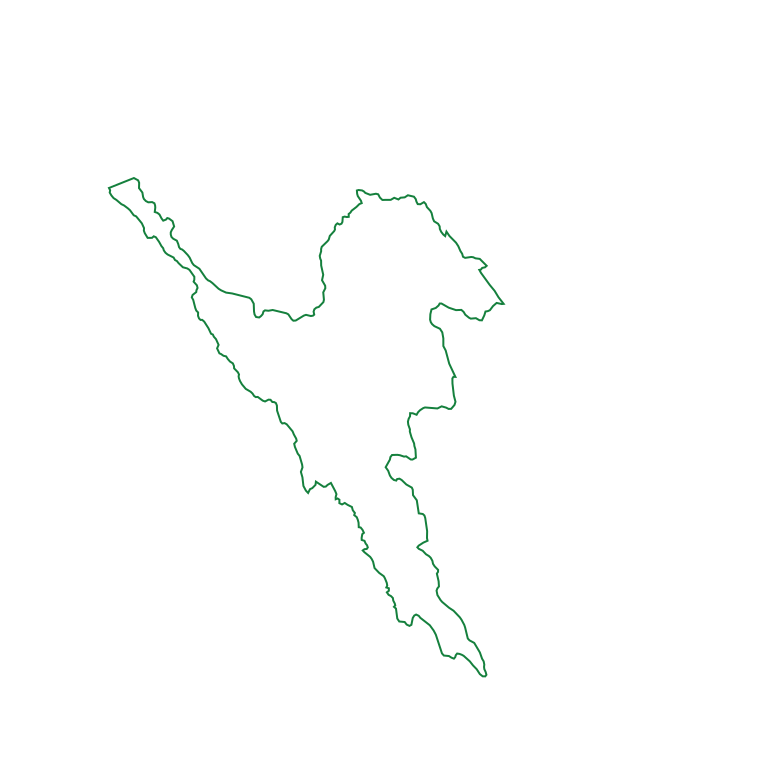 outline of Porteirinha, Minas Gerais, Brazil, rotated 331°
{"feature_id": "56859067B51035287448150", "entity_name": "Porteirinha", "entity_type": "district", "adm_level": 2, "iso_a3": "BRA", "parent_name": "Brazil", "parent_adm1": "Minas Gerais", "projection": "equal_earth", "projection_center": [-43.104, -15.747], "detail": "fine", "context": "isolated", "style": "outline", "palette": "green", "viewbox_px": 768, "rotation_deg": 331, "n_neighbors": 0, "source": "geoboundaries", "source_scale": "gbopen_adm2", "svg_char_len": 6154}
<svg xmlns="http://www.w3.org/2000/svg" viewBox="0 0 768 768"><g transform="rotate(331 384 384)"><path d="M282.2,599.1L286.7,602.2L287.2,605.4L289.0,607.9L291.2,607.9L295.7,602.6L298.2,601.2L300.3,601.2L302.0,603.6L302.4,606.1L307.1,617.2L307.9,623.7L307.8,628.4L304.1,647.7L304.7,650.5L308.9,653.4L310.3,656.0L312.0,658.1L313.9,657.4L315.3,656.0L317.3,655.2L319.2,656.7L320.8,658.6L321.9,660.4L324.6,668.2L325.4,673.2L326.8,678.4L327.2,684.2L328.6,687.5L330.8,688.8L332.6,688.0L333.3,685.1L333.5,682.1L334.3,680.0L335.7,678.0L336.7,674.9L336.6,671.8L337.7,665.3L337.4,654.2L334.5,649.7L333.9,647.2L336.9,636.3L337.4,633.6L337.5,627.8L337.2,624.8L334.9,616.0L332.4,611.2L329.2,602.8L328.7,600.4L328.4,594.5L329.8,590.2L331.5,588.7L333.9,587.7L336.1,583.1L338.3,575.5L340.2,574.5L341.2,572.8L339.9,568.1L339.7,565.0L340.6,562.1L340.6,558.6L339.9,556.3L338.2,553.3L337.0,548.6L334.5,545.0L334.0,543.0L335.9,542.2L341.5,541.8L346.1,542.2L346.9,539.6L350.4,533.6L355.1,521.2L355.6,518.6L354.9,516.5L351.7,514.0L356.3,501.6L355.5,495.3L357.9,490.4L358.1,488.1L354.8,482.7L352.9,476.5L351.6,474.3L349.4,473.5L347.9,474.4L346.1,472.7L345.0,469.7L344.8,466.9L345.6,461.9L345.1,457.6L352.5,453.0L354.2,451.0L356.6,450.0L361.3,452.4L363.4,454.0L366.3,457.2L368.3,458.0L370.8,463.0L372.4,463.9L376.2,463.9L379.8,456.4L380.5,453.0L381.5,450.6L382.2,444.0L383.5,438.2L384.7,436.2L385.5,431.4L386.7,428.5L388.8,426.3L391.1,424.9L392.7,422.2L395.0,423.6L397.6,426.7L400.1,425.2L402.8,424.4L406.7,424.1L408.5,424.4L418.9,431.3L423.6,431.5L426.9,434.8L428.4,437.1L430.7,438.3L435.5,436.5L437.9,434.2L439.5,428.0L444.1,416.8L446.5,412.3L448.2,411.4L449.9,412.4L450.9,397.8L454.2,384.6L454.3,379.6L458.0,372.9L460.0,367.1L459.7,362.8L456.1,357.8L455.1,355.0L454.9,352.7L455.5,350.1L458.4,345.4L461.7,341.8L466.1,342.6L469.8,341.8L471.7,340.6L473.3,341.5L477.6,348.6L482.8,354.3L487.6,356.7L488.6,359.6L488.7,362.8L490.5,367.3L491.6,368.9L496.3,371.0L498.4,374.5L500.5,375.8L505.0,372.6L507.9,369.8L510.1,370.6L512.4,370.8L517.1,368.7L521.8,367.7L525.8,371.2L527.5,371.9L526.2,363.7L525.9,356.1L524.5,348.6L522.7,333.9L522.7,330.4L524.2,330.9L526.2,330.1L528.9,330.9L531.1,330.4L528.4,321.0L524.9,318.4L523.5,316.4L521.9,315.2L516.1,313.0L514.8,311.0L515.5,308.0L515.3,304.7L515.8,299.5L515.5,295.3L513.0,286.3L512.5,281.0L509.2,284.3L508.3,282.0L507.8,278.6L508.0,275.5L509.1,273.1L509.0,270.1L506.7,266.0L507.0,262.9L508.5,257.6L508.5,255.0L507.3,250.1L507.8,246.7L507.1,244.3L502.9,244.4L500.7,243.0L500.8,240.2L501.4,237.7L501.0,234.7L496.4,230.5L492.6,230.8L488.8,229.1L486.1,229.6L483.2,226.1L479.2,226.2L471.8,222.2L470.8,219.0L470.9,215.3L469.2,213.7L463.6,211.8L460.3,207.8L459.8,205.9L458.7,204.1L455.8,202.0L454.1,201.6L452.7,204.7L452.2,207.0L452.7,212.6L452.2,215.0L449.7,214.7L445.7,215.8L439.8,216.7L437.7,217.8L435.5,218.2L434.2,220.7L432.5,220.0L430.7,218.5L428.8,218.1L426.2,222.1L424.5,223.2L422.5,223.0L421.1,220.9L419.0,221.4L416.9,223.1L416.0,225.1L414.6,226.1L408.4,228.2L405.7,230.9L403.9,231.7L396.1,233.8L394.4,235.5L393.4,237.4L389.9,240.8L389.0,243.5L388.8,245.6L386.5,249.9L383.8,259.0L380.1,263.2L380.2,269.5L379.1,271.8L375.3,274.4L372.3,281.2L370.7,283.0L364.3,285.0L361.9,284.4L359.3,284.9L357.5,286.6L356.6,289.5L355.0,289.8L353.0,289.1L349.3,285.7L347.1,285.3L337.6,285.7L335.4,284.7L334.6,282.5L334.1,276.7L332.9,274.8L322.5,265.3L318.4,263.9L315.6,261.9L313.8,262.1L311.6,264.2L309.2,265.0L307.1,265.3L304.6,263.4L304.5,260.4L305.5,257.5L309.0,250.6L309.0,245.6L308.0,243.3L295.1,231.2L290.2,227.5L287.0,223.2L285.5,220.5L282.9,212.6L281.7,209.8L280.4,208.1L279.5,205.4L278.4,193.7L275.3,187.8L274.9,185.2L275.3,179.2L274.9,176.1L273.5,170.6L272.6,168.4L271.4,167.1L271.1,164.9L271.9,161.8L272.3,158.2L270.1,154.8L269.4,152.3L270.0,149.8L271.0,148.0L273.0,146.5L276.8,144.5L278.0,139.1L276.2,135.1L274.9,133.8L273.0,134.5L270.1,134.1L269.7,131.4L269.8,126.9L268.8,124.5L266.9,122.4L269.5,118.8L270.4,116.8L270.8,114.6L269.4,112.5L265.9,110.8L264.4,108.5L263.7,105.7L264.0,103.6L265.5,99.4L264.7,93.9L267.4,89.3L267.7,86.7L265.1,82.6L238.5,79.2L238.4,81.8L236.9,83.6L237.0,87.0L237.6,90.3L239.2,93.3L241.5,99.4L243.2,101.8L245.2,106.3L246.1,108.9L246.9,115.1L248.5,117.2L249.6,123.2L250.1,126.1L249.7,131.3L248.3,133.5L247.9,136.1L248.1,141.6L252.0,143.7L254.2,143.2L255.6,145.0L256.2,150.6L256.2,155.5L256.7,158.2L256.2,160.4L256.5,163.3L257.5,165.8L261.3,171.4L261.3,174.2L262.5,176.1L262.9,178.6L264.7,184.4L268.0,187.6L269.2,189.9L270.1,198.3L268.6,200.9L267.1,202.2L268.2,207.0L267.5,209.6L265.5,211.0L264.3,212.6L259.8,213.3L257.9,215.0L257.9,218.0L255.8,226.0L255.4,228.8L256.1,231.3L254.4,234.2L254.0,237.0L254.6,239.0L256.1,239.8L257.0,242.3L257.5,250.1L257.1,256.2L258.3,257.8L258.1,260.1L258.8,263.3L258.3,269.6L255.3,271.9L254.9,277.4L256.0,278.8L257.3,281.5L259.3,283.3L259.5,286.4L260.2,289.7L261.8,292.7L261.5,295.5L260.5,297.7L261.9,302.9L261.8,305.4L260.6,306.7L259.9,308.7L259.5,311.7L259.6,315.5L260.7,321.2L263.6,326.1L264.4,328.6L264.6,331.5L265.5,333.3L267.3,334.1L269.9,339.8L271.5,341.6L275.4,341.7L277.1,342.8L277.6,345.6L279.2,346.6L280.2,348.2L279.9,350.9L277.6,355.4L275.4,367.1L275.9,369.2L278.1,370.0L279.4,372.1L281.1,381.1L280.7,384.4L280.7,389.2L280.1,391.4L276.5,392.7L275.6,395.8L274.8,403.1L275.3,406.0L273.3,414.8L272.3,417.4L268.7,420.6L267.4,426.1L264.1,434.1L264.0,439.4L264.8,442.5L268.3,440.1L270.8,440.3L275.2,439.0L277.1,436.4L281.4,444.7L283.4,445.5L285.7,444.9L289.6,444.8L289.4,454.2L289.0,457.3L286.8,459.6L285.9,461.4L287.9,461.6L288.9,463.6L287.2,466.6L288.9,469.0L292.0,469.0L293.6,472.1L296.3,476.0L295.5,479.3L296.0,482.7L294.4,484.2L295.6,487.3L295.2,490.3L294.5,493.0L292.5,497.0L294.0,498.2L294.5,501.1L294.3,504.4L292.2,504.8L289.8,507.8L288.9,509.6L290.9,511.7L290.6,514.7L291.0,516.8L290.6,519.1L288.9,519.9L286.8,519.0L284.7,519.3L285.3,521.6L288.1,528.5L288.4,531.0L288.3,534.1L286.5,540.4L288.2,546.9L290.6,552.0L290.6,554.4L290.0,559.3L289.1,561.9L287.4,563.1L289.2,565.0L288.0,567.2L285.5,567.6L285.8,570.6L287.3,572.9L288.0,575.5L287.1,577.9L287.0,581.2L286.5,583.1L284.7,583.7L285.6,586.2L281.9,595.6L282.2,599.1Z" fill="none" stroke="#15803d" stroke-width="2"/></g></svg>